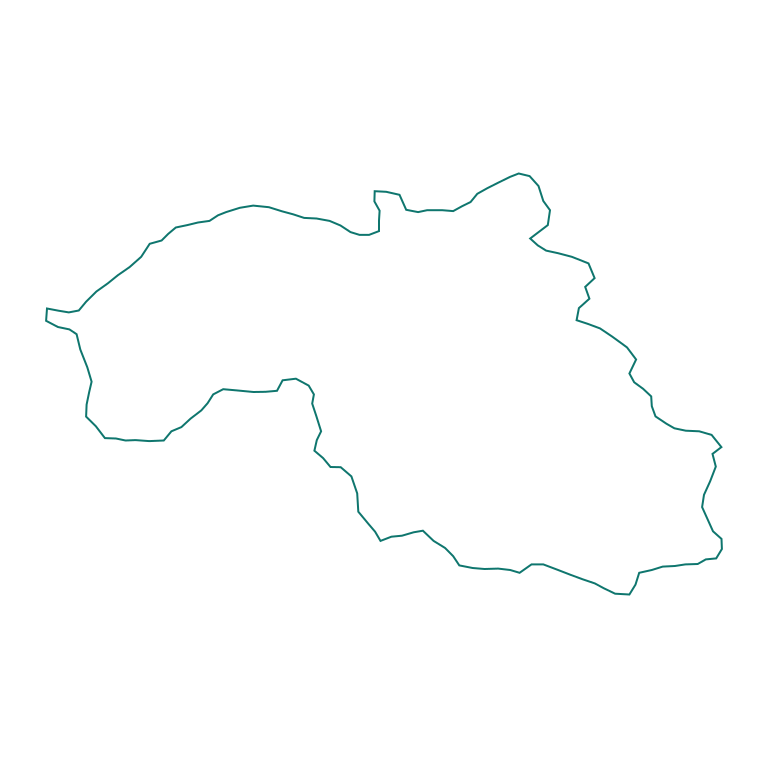 outline of Olaria, Minas Gerais, Brazil
{"feature_id": "56859067B66778416420172", "entity_name": "Olaria", "entity_type": "district", "adm_level": 2, "iso_a3": "BRA", "parent_name": "Brazil", "parent_adm1": "Minas Gerais", "projection": "mercator", "projection_center": [-43.97, -21.909], "detail": "fine", "context": "isolated", "style": "outline", "palette": "teal", "viewbox_px": 768, "rotation_deg": 0, "n_neighbors": 0, "source": "geoboundaries", "source_scale": "gbopen_adm2", "svg_char_len": 2162}
<svg xmlns="http://www.w3.org/2000/svg" viewBox="0 0 768 768"><path d="M380.5,540.9L391.4,536.7L402.0,535.7L413.6,532.3L422.9,530.7L433.6,540.9L445.1,548.0L453.2,556.2L459.3,565.4L472.6,568.0L484.5,569.0L498.2,568.6L510.2,570.0L519.6,572.8L531.5,564.4L543.3,564.4L558.1,570.0L570.5,574.8L582.4,579.2L594.8,583.4L603.7,588.2L615.1,593.7L629.4,594.5L635.5,584.6L639.2,572.8L651.8,570.0L662.7,566.6L674.9,566.0L685.3,564.4L697.7,564.0L705.8,559.4L716.2,558.4L721.9,549.0L721.5,538.9L713.0,531.3L706.7,517.3L702.1,507.1L704.0,494.8L710.1,481.4L715.8,466.6L712.5,453.9L721.4,447.1L711.6,434.9L699.2,431.3L685.8,430.7L674.4,428.3L666.4,423.7L655.5,416.4L651.8,406.2L651.2,396.4L643.1,388.8L634.2,382.3L629.4,373.5L636.1,359.5L627.0,347.4L612.2,336.6L600.0,328.4L587.6,323.8L576.6,320.2L578.9,308.1L589.4,298.7L585.2,286.9L594.6,278.1L588.5,263.4L571.8,256.8L558.1,253.2L546.1,250.6L537.8,245.4L530.2,238.5L537.8,232.7L547.8,225.1L550.0,210.2L543.3,201.0L538.5,186.0L529.6,176.1L518.7,173.5L510.0,176.9L498.4,182.6L487.3,188.2L477.3,193.8L470.6,202.0L462.1,206.2L453.2,211.1L442.3,210.2L427.1,210.2L418.1,212.1L406.2,209.8L399.5,194.8L386.2,191.8L374.7,191.2L374.4,201.4L379.6,210.7L379.0,220.5L379.0,231.1L369.0,234.9L359.6,234.9L350.5,232.1L340.5,225.5L329.6,220.9L316.5,218.5L304.1,217.9L293.1,214.3L282.0,211.3L268.9,207.2L253.2,205.6L239.8,207.8L226.1,212.1L218.0,215.3L209.5,220.9L198.0,222.5L187.3,225.1L175.8,227.5L168.2,233.9L161.6,240.5L149.7,243.8L141.2,256.8L129.7,267.0L117.9,275.2L107.9,283.3L96.4,291.5L86.1,301.7L78.8,310.5L68.8,312.4L58.5,310.7L47.0,308.5L46.1,320.8L57.9,327.0L69.4,329.4L76.6,334.2L80.3,349.5L87.3,367.3L91.6,381.7L89.2,392.0L86.6,404.6L86.1,416.6L95.9,426.3L104.9,438.1L116.0,438.5L125.5,440.5L135.5,440.1L149.2,441.1L163.8,440.5L171.4,431.3L181.4,427.1L190.6,418.6L201.3,410.4L207.6,403.2L213.2,394.4L223.2,389.2L236.7,390.4L253.5,392.0L265.6,391.8L277.0,390.8L282.6,380.3L295.9,378.7L308.7,385.6L313.9,394.4L312.2,403.6L316.3,416.0L321.1,431.3L316.8,440.1L314.4,450.7L323.1,458.1L330.5,467.0L340.7,467.2L351.4,476.4L357.2,493.4L358.3,511.7L368.6,524.1L375.1,531.7L380.5,540.9Z" fill="none" stroke="#0f766e" stroke-width="2"/></svg>